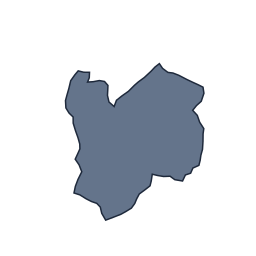 outline of Paiva, Minas Gerais, Brazil, rotated 139°
{"feature_id": "56859067B60855935518046", "entity_name": "Paiva", "entity_type": "district", "adm_level": 2, "iso_a3": "BRA", "parent_name": "Brazil", "parent_adm1": "Minas Gerais", "projection": "albers", "projection_center": [-43.423, -21.293], "detail": "fine", "context": "isolated", "style": "filled", "palette": "slate", "viewbox_px": 256, "rotation_deg": 139, "n_neighbors": 0, "source": "geoboundaries", "source_scale": "gbopen_adm2", "svg_char_len": 1190}
<svg xmlns="http://www.w3.org/2000/svg" viewBox="0 0 256 256"><g transform="rotate(139 128 128)"><path d="M211.4,114.4L208.2,109.1L206.1,102.2L203.8,96.5L201.0,91.6L200.8,86.5L203.8,80.8L205.3,73.1L197.4,70.2L189.8,67.5L184.0,66.3L178.0,65.3L172.4,66.6L168.0,68.8L162.8,70.8L155.2,70.2L149.3,69.9L145.3,72.7L140.0,77.2L136.8,72.7L132.9,68.0L127.9,64.0L126.6,58.3L121.6,52.2L115.5,54.9L110.4,52.8L105.3,55.2L99.0,53.3L94.7,56.3L90.9,59.6L85.8,63.0L80.1,68.8L75.2,74.3L71.2,77.8L70.1,85.4L67.4,92.1L67.6,98.9L61.6,100.0L55.2,100.1L47.9,104.4L44.6,109.6L46.7,114.7L48.9,119.5L51.7,125.9L55.1,134.5L58.0,140.0L61.4,143.8L62.8,150.3L62.1,156.0L67.6,156.3L73.5,155.7L82.6,155.4L90.0,156.0L95.0,156.0L103.6,155.4L111.6,156.2L118.5,156.5L124.4,153.3L125.3,160.1L122.1,166.1L118.5,169.8L115.2,173.3L115.2,178.5L118.5,182.6L123.9,185.8L128.4,189.2L124.3,191.3L120.5,195.3L124.8,199.1L128.1,203.8L133.2,203.0L140.2,201.3L146.6,196.7L152.3,193.0L157.2,189.7L161.7,183.9L162.7,177.9L162.2,172.3L166.2,167.6L169.4,160.4L172.1,153.5L174.9,147.6L178.0,143.8L182.5,141.7L188.3,139.1L189.1,132.3L191.6,125.3L199.5,122.0L206.0,118.5L211.4,114.4Z" fill="#64748b" stroke="#1e293b" stroke-width="1.5"/></g></svg>